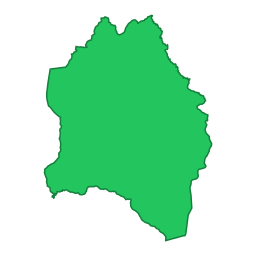 the district of José Joaquín de Herrera, Guerrero, Mexico
{"feature_id": "50627088B58931459809132", "entity_name": "José Joaquín de Herrera", "entity_type": "district", "adm_level": 2, "iso_a3": "MEX", "parent_name": "Mexico", "parent_adm1": "Guerrero", "projection": "albers", "projection_center": [-98.998, 17.441], "detail": "fine", "context": "isolated", "style": "filled", "palette": "green", "viewbox_px": 256, "rotation_deg": 0, "n_neighbors": 0, "source": "geoboundaries", "source_scale": "gbopen_adm2", "svg_char_len": 5707}
<svg xmlns="http://www.w3.org/2000/svg" viewBox="0 0 256 256"><path d="M184.9,235.7L185.8,233.7L188.2,215.0L191.8,208.1L191.0,195.5L189.9,188.0L191.1,183.7L191.0,182.0L191.5,180.7L192.2,180.0L193.2,179.6L193.9,179.5L196.2,178.9L197.5,177.8L198.0,177.0L198.2,176.2L197.7,171.4L198.1,170.2L198.9,169.4L199.8,169.0L201.0,168.9L204.2,167.9L205.1,167.5L205.8,166.6L205.9,166.0L204.3,163.3L204.7,159.9L205.1,158.5L206.3,156.1L206.7,156.2L209.3,151.0L209.4,149.3L209.7,148.5L210.5,147.0L211.1,146.4L211.5,145.1L211.6,143.4L209.7,139.9L209.4,138.8L209.4,136.9L209.0,136.1L206.1,133.2L205.1,129.9L205.1,129.0L206.8,124.9L205.5,122.4L205.5,121.5L206.2,120.5L207.2,120.8L207.7,120.0L207.3,119.2L207.9,115.0L205.5,114.1L203.4,112.7L202.5,112.7L199.6,109.7L198.4,109.3L197.5,108.5L197.0,106.5L197.7,105.7L198.5,105.4L199.7,104.3L202.3,104.1L204.1,102.8L205.0,101.1L205.5,100.8L205.4,100.2L205.0,99.7L204.7,98.3L204.1,98.2L203.8,98.0L203.7,96.3L203.4,96.0L203.1,95.7L201.9,95.6L201.4,95.1L200.4,95.1L199.9,94.3L199.2,94.2L199.1,93.4L198.8,92.7L197.9,92.9L197.3,92.5L196.9,92.6L196.0,92.2L195.0,92.2L193.9,91.2L191.9,90.9L191.1,90.7L190.3,89.9L188.3,89.0L188.0,88.6L187.5,87.0L187.7,85.6L188.0,84.7L188.8,83.6L189.0,82.1L188.6,81.3L188.8,80.8L189.6,79.8L189.7,79.0L189.4,78.9L187.7,79.4L187.4,79.1L187.5,78.1L187.3,78.0L187.0,78.0L186.5,78.4L186.0,78.4L184.4,77.4L184.1,77.4L183.9,77.9L183.2,78.0L183.1,76.5L180.5,75.0L180.3,74.2L179.3,73.4L179.3,72.9L177.9,71.7L178.5,71.0L178.0,70.7L177.7,69.8L177.9,68.7L177.7,68.0L177.8,67.4L177.3,66.8L176.8,67.1L176.0,67.0L176.1,65.4L175.7,64.2L175.1,63.9L174.0,64.3L173.7,64.1L171.4,62.0L170.7,61.9L170.2,61.2L170.0,59.1L169.6,59.1L169.2,59.5L168.7,59.4L168.5,59.1L168.3,57.3L167.6,56.4L167.3,55.6L167.3,54.2L166.2,52.1L165.2,51.0L165.1,50.3L165.3,49.9L165.6,49.7L167.2,49.3L167.7,48.6L167.7,45.2L167.5,44.9L166.8,45.5L166.1,45.6L165.0,44.1L163.4,43.8L162.6,42.3L162.6,41.8L161.7,40.1L161.6,39.7L161.9,38.6L161.3,38.3L160.3,38.2L159.9,37.8L159.8,37.4L159.9,37.1L161.0,37.2L160.8,36.6L160.3,36.1L160.3,35.8L161.5,34.6L162.0,32.3L162.3,31.7L162.3,31.4L160.8,30.2L160.7,29.9L160.7,28.7L160.6,28.4L160.4,28.3L159.4,28.3L158.7,27.7L157.3,24.4L156.8,24.2L156.6,24.8L156.0,24.8L155.7,24.5L155.7,24.2L155.3,23.6L155.0,23.4L154.0,23.3L153.7,21.7L152.6,21.5L152.5,21.3L152.7,20.2L151.6,18.6L151.4,17.5L151.5,17.0L152.3,16.1L152.3,15.6L151.6,15.4L151.1,15.5L149.3,16.5L147.9,16.8L147.2,18.1L145.1,19.4L144.8,19.4L144.3,20.4L144.0,20.7L142.9,20.7L142.4,21.0L141.2,21.0L139.5,22.2L139.1,22.3L138.8,22.9L138.2,23.2L137.8,23.2L137.8,22.6L137.4,21.9L135.5,20.0L134.2,19.9L133.2,20.1L131.8,20.8L131.5,21.3L130.2,22.4L128.6,23.5L128.1,24.2L125.7,28.1L124.6,31.5L124.1,32.3L123.4,32.8L123.0,33.3L122.5,33.4L120.4,34.6L119.3,34.8L118.5,34.6L116.6,32.7L116.8,32.0L115.5,29.2L115.8,27.3L115.5,26.3L115.2,26.0L114.9,25.4L113.6,25.6L113.0,25.1L111.1,24.6L110.5,23.4L110.5,23.0L109.4,22.2L108.7,22.2L108.7,19.6L108.1,18.0L107.3,17.8L105.8,17.1L104.8,17.0L104.2,18.0L103.4,18.0L103.1,17.9L102.6,18.2L101.2,18.1L101.1,19.5L101.7,20.6L100.9,21.9L98.9,22.8L97.9,25.2L95.6,27.0L94.6,29.5L94.1,31.4L94.5,32.8L94.6,34.0L93.3,34.7L91.9,35.8L91.9,37.3L91.5,39.2L91.5,39.9L89.4,40.4L87.6,41.4L86.9,42.2L86.5,43.5L85.6,44.8L85.9,46.0L86.8,46.7L86.9,47.2L86.4,47.4L83.7,47.4L83.1,47.0L82.0,47.4L80.8,46.8L79.9,47.1L79.0,47.1L76.1,46.5L75.6,49.6L76.8,50.3L76.3,51.4L74.3,52.0L73.2,53.8L71.5,54.1L72.0,55.8L71.8,57.8L71.2,59.2L70.2,59.8L69.2,61.2L68.8,62.9L67.7,64.7L65.7,67.1L50.2,69.1L48.0,82.8L46.7,93.5L46.8,97.7L47.0,99.4L47.9,103.4L48.6,106.0L49.8,106.8L50.7,107.8L54.2,112.3L58.7,116.3L60.7,117.4L60.1,118.7L60.4,120.0L60.5,121.2L60.5,122.0L60.3,122.5L60.3,124.0L60.4,124.8L61.0,125.2L61.4,125.9L61.4,126.7L61.1,127.9L60.0,129.1L59.8,129.8L60.3,133.4L59.9,137.7L59.6,137.7L59.4,138.2L59.4,138.9L60.3,141.1L60.6,142.8L60.7,146.0L60.4,146.5L60.3,147.9L60.8,150.1L60.6,151.1L58.8,153.1L59.0,157.3L58.5,158.0L57.6,158.6L56.8,159.8L54.6,162.1L54.4,162.6L52.2,163.8L51.3,164.0L49.4,165.4L48.5,165.7L47.2,167.0L46.9,167.6L45.0,169.0L44.8,169.3L44.7,169.8L44.9,171.2L44.4,172.3L45.0,174.4L45.8,176.6L45.8,177.0L46.8,178.5L46.8,179.9L46.6,180.8L46.6,182.3L47.3,184.3L47.3,186.0L49.3,187.2L50.1,188.0L50.2,190.4L50.5,191.5L50.8,191.8L51.9,192.4L52.0,192.7L53.0,193.5L54.4,193.5L54.5,193.7L54.1,194.7L52.4,195.9L52.2,196.3L52.2,196.9L52.4,197.1L53.4,197.1L53.5,197.8L53.6,198.0L53.8,197.9L53.8,197.6L54.2,197.5L54.0,196.3L54.7,195.4L55.8,195.0L56.0,194.8L56.1,193.5L56.9,193.4L56.9,191.9L57.8,191.7L59.2,191.9L59.9,191.9L60.9,191.1L61.5,191.3L62.2,191.2L62.3,190.1L62.6,190.0L64.1,190.6L64.7,190.5L65.8,189.8L66.6,189.9L67.1,190.1L68.2,191.1L69.4,191.3L70.1,192.1L70.7,192.2L71.7,192.0L73.5,192.5L74.7,193.1L75.6,193.2L77.3,193.1L78.1,192.8L78.5,193.1L79.6,194.5L81.3,194.8L84.2,194.2L85.2,193.4L85.2,193.0L86.5,191.0L86.7,190.2L86.7,189.6L86.8,188.8L87.7,187.8L88.0,187.1L88.5,186.8L89.8,186.8L90.3,186.4L91.1,186.7L91.9,186.7L92.5,186.4L93.2,186.7L94.1,186.7L95.1,186.1L96.7,186.1L97.5,186.5L99.4,188.3L100.4,189.1L101.9,189.0L103.2,189.4L104.6,189.0L106.0,189.0L109.1,191.2L109.7,191.5L111.8,191.6L112.6,191.2L113.6,191.6L114.6,191.4L115.8,192.0L116.0,192.9L116.8,194.0L119.0,194.7L120.7,195.9L124.0,197.1L125.9,199.6L127.5,199.1L128.8,199.4L129.4,198.9L130.2,199.0L131.2,199.9L130.5,202.2L130.8,205.8L130.9,206.5L132.3,208.9L133.5,209.8L135.2,210.6L136.4,211.5L138.6,213.6L139.5,215.8L140.5,217.2L141.7,219.7L142.6,220.5L145.2,222.4L148.7,223.6L149.4,224.1L150.2,225.3L150.8,225.7L152.5,226.2L153.7,226.2L154.9,226.7L155.8,227.8L157.2,228.8L158.7,229.2L159.7,231.2L160.9,232.2L162.4,232.9L163.6,233.8L165.4,236.0L165.9,237.1L165.7,240.6L183.2,235.8L184.9,235.7Z" fill="#22c55e" stroke="#15803d" stroke-width="1.5"/></svg>